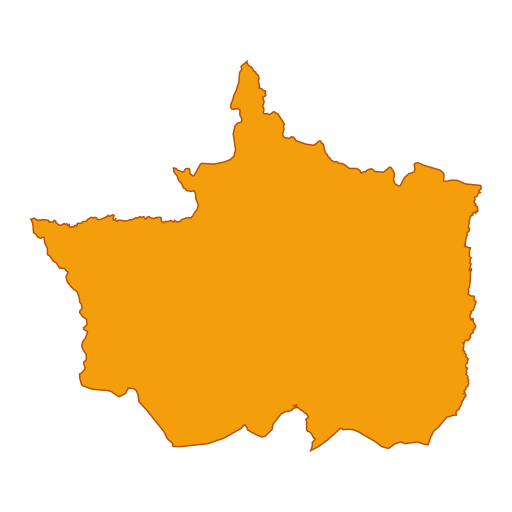 outline of Luiza, Kasaï-Occidental, Democratic Republic of the Congo
{"feature_id": "63176286B81146580347594", "entity_name": "Luiza", "entity_type": "district", "adm_level": 2, "iso_a3": "COD", "parent_name": "Democratic Republic of the Congo", "parent_adm1": "Kasaï-Occidental", "projection": "albers", "projection_center": [22.518, -7.202], "detail": "fine", "context": "isolated", "style": "filled", "palette": "amber", "viewbox_px": 512, "rotation_deg": 0, "n_neighbors": 0, "source": "geoboundaries", "source_scale": "gbopen_adm2", "svg_char_len": 6006}
<svg xmlns="http://www.w3.org/2000/svg" viewBox="0 0 512 512"><path d="M247.0,61.4L241.0,66.4L241.9,69.2L239.6,72.4L238.8,82.3L236.0,91.0L233.8,95.3L232.7,100.1L230.5,105.0L231.1,108.4L232.2,109.5L237.7,108.6L240.0,110.2L239.8,115.0L241.8,118.8L241.6,122.0L237.4,123.2L234.9,126.0L233.2,134.0L235.6,149.7L233.9,156.1L230.2,159.7L224.6,161.8L214.0,164.1L201.8,163.4L200.5,164.0L194.1,175.6L192.8,175.8L189.9,173.6L189.7,169.1L188.6,168.4L185.6,168.8L183.7,171.8L182.0,171.9L177.6,170.0L176.0,168.4L173.4,168.0L174.0,171.9L177.4,176.4L178.1,179.2L179.3,181.2L181.8,183.9L183.3,187.9L185.1,188.7L186.9,190.8L188.9,190.8L190.5,191.5L194.1,190.8L195.3,192.5L195.9,199.2L198.3,204.8L197.1,209.4L193.6,214.0L192.9,216.2L192.1,216.3L191.2,217.8L186.6,217.9L181.5,219.7L180.7,221.0L177.1,222.2L174.8,220.4L173.9,222.0L173.2,222.1L171.8,220.7L170.4,220.4L168.4,221.6L165.2,221.4L164.0,222.8L161.5,221.4L161.0,217.7L160.3,217.3L157.6,217.4L156.7,217.9L156.0,217.5L154.2,218.6L150.3,217.7L149.0,216.5L147.2,217.2L145.9,219.1L145.0,218.8L143.8,216.7L141.1,217.3L139.9,216.7L137.2,218.0L135.8,217.8L131.8,219.7L129.7,219.8L127.0,221.0L118.7,220.1L116.6,221.4L115.6,220.2L116.1,218.2L114.8,220.0L113.5,219.8L113.0,218.8L114.2,215.6L112.7,214.7L109.9,216.2L109.1,216.3L108.2,215.3L106.7,216.7L100.4,219.6L97.4,219.3L95.9,217.5L94.7,217.3L93.2,217.9L91.2,217.3L87.8,219.3L86.2,221.3L82.8,221.6L81.4,223.4L77.5,223.3L76.6,226.1L75.7,225.3L74.5,225.6L73.7,227.1L72.0,226.5L71.0,227.4L69.7,226.9L69.2,224.6L68.1,225.7L66.9,223.7L65.3,224.3L64.0,223.5L61.7,225.1L59.0,225.1L56.1,222.7L55.5,220.9L54.2,220.3L53.1,222.2L48.7,221.8L48.8,220.7L47.4,220.0L41.6,219.6L40.5,220.4L39.0,219.9L37.7,220.4L34.1,218.2L30.7,219.3L32.0,221.4L33.0,225.1L33.5,232.6L35.9,234.3L38.3,237.6L39.2,237.4L40.4,238.3L42.4,237.3L44.1,237.7L44.7,242.5L47.4,248.6L47.5,254.7L49.3,255.4L53.3,261.2L56.2,262.8L59.6,268.1L64.7,268.4L65.6,270.3L67.9,271.9L68.0,272.8L65.9,276.6L67.2,281.7L71.1,286.8L73.9,289.5L77.0,291.4L79.3,297.7L79.7,302.1L81.2,304.0L82.2,307.7L81.2,309.7L80.0,310.6L79.6,312.5L82.6,316.6L86.4,319.1L87.1,323.6L86.4,325.4L83.6,327.6L83.5,328.3L83.7,329.4L87.4,331.4L87.4,332.8L85.1,338.6L82.8,341.5L81.7,345.4L82.4,348.6L86.4,354.8L86.2,359.4L85.6,360.8L84.2,361.4L83.5,363.0L85.1,367.7L84.9,369.1L81.9,372.7L79.5,374.0L79.8,378.2L81.4,384.3L82.6,385.7L92.1,389.2L107.4,390.5L110.8,391.3L118.9,396.7L125.8,393.4L125.8,392.4L127.9,389.1L127.9,387.9L133.8,388.7L136.5,390.9L138.0,394.8L139.0,401.8L145.8,409.0L164.0,431.7L167.2,438.5L172.6,443.4L173.1,446.5L179.8,446.7L208.1,443.6L224.0,438.1L241.1,428.3L244.2,424.9L245.8,425.5L247.4,428.4L247.4,429.7L251.4,432.2L258.7,435.9L262.0,437.0L265.1,436.3L272.2,429.3L272.9,424.4L281.0,414.0L285.8,411.5L288.8,411.3L291.5,410.3L293.9,408.1L296.1,407.7L295.4,406.2L293.8,405.8L296.5,404.8L296.9,407.3L298.5,407.8L300.7,410.0L302.6,410.6L304.1,412.6L306.5,413.8L308.2,416.8L308.0,417.8L305.7,419.5L306.9,422.4L306.3,424.5L307.0,427.0L306.3,428.1L306.8,430.3L307.6,431.3L309.6,431.9L311.6,434.0L313.6,437.9L314.8,438.2L315.2,439.2L312.3,442.4L312.2,446.2L310.8,450.6L318.2,446.7L327.0,440.4L340.1,428.7L342.1,428.6L343.1,429.7L349.0,429.2L354.2,430.0L359.1,432.2L375.0,441.5L381.9,446.6L388.5,448.5L394.8,443.9L400.5,441.9L405.0,443.6L417.5,442.0L424.4,444.3L428.2,444.8L430.3,438.0L433.6,431.2L438.5,427.1L446.7,417.2L451.2,416.1L452.3,415.3L456.3,415.1L456.0,412.6L456.6,411.0L458.6,409.7L461.5,404.1L462.4,400.7L463.5,399.9L464.3,397.5L465.6,396.5L465.9,394.8L463.6,393.6L465.0,392.7L464.2,390.9L466.0,389.3L465.8,387.3L467.6,386.6L468.7,383.7L468.3,381.5L468.7,380.4L467.8,378.8L467.8,376.3L465.9,374.1L466.8,372.9L466.3,370.7L467.5,368.0L465.9,367.4L465.6,365.4L465.8,364.4L467.4,362.8L467.1,361.6L468.4,359.4L465.8,356.1L466.1,354.6L464.5,353.0L464.7,351.4L463.2,350.6L463.9,344.8L462.7,342.9L464.5,342.9L464.5,341.5L466.2,340.1L468.2,340.6L468.8,339.8L470.6,337.3L470.1,336.1L471.5,333.5L473.2,332.7L473.0,330.4L474.6,329.2L475.7,325.9L473.5,322.2L473.1,318.8L472.0,318.7L471.8,319.8L471.0,319.6L469.6,315.6L471.5,312.9L470.6,311.6L473.2,310.2L476.1,301.8L473.8,299.8L474.4,296.7L473.8,296.1L471.2,296.0L468.0,294.1L468.9,291.4L468.2,289.6L469.4,286.9L470.3,280.7L470.6,271.6L471.6,269.6L471.4,268.9L469.6,270.5L469.2,270.0L471.1,264.0L470.0,263.5L470.1,259.6L471.1,258.0L469.7,256.7L469.3,254.6L469.4,251.2L470.4,247.9L464.7,246.4L465.3,245.5L464.7,244.8L465.2,244.2L466.2,237.0L467.1,235.8L467.1,232.4L468.7,231.6L469.4,230.0L469.6,228.2L468.3,227.8L468.4,225.9L469.2,223.0L468.8,221.7L469.7,220.6L469.4,219.3L470.6,217.2L470.1,216.4L473.0,214.8L472.2,213.9L474.0,212.3L475.8,213.4L476.2,211.1L477.5,211.6L477.9,210.9L477.4,206.9L475.2,205.5L476.0,204.5L473.7,201.9L475.1,199.8L474.5,197.6L475.0,197.0L476.9,196.5L478.3,193.2L480.3,192.6L478.8,191.4L478.9,190.5L480.8,189.3L481.3,188.0L480.7,185.5L465.5,183.9L457.3,180.4L451.6,180.1L445.5,181.4L443.5,181.1L444.0,175.9L443.6,173.2L440.2,170.2L423.3,165.1L417.8,162.7L414.6,163.5L414.2,164.9L415.1,169.1L413.8,172.2L409.0,173.7L404.6,177.4L400.2,185.8L398.9,186.1L394.8,183.6L393.5,179.7L394.5,174.0L393.5,171.4L390.9,167.4L389.4,167.3L383.6,172.1L375.6,171.7L373.9,170.8L372.8,169.4L371.1,168.8L367.0,170.1L365.7,171.6L362.6,172.2L361.2,173.2L360.0,170.6L356.7,168.5L349.3,168.4L344.3,164.5L341.9,163.5L338.8,163.3L337.1,161.6L334.2,161.9L330.8,159.9L330.0,158.1L328.2,157.0L327.3,154.5L326.3,154.0L325.2,152.2L323.3,144.1L321.6,143.1L320.7,141.1L319.1,141.0L314.2,145.2L306.2,144.2L296.2,140.8L293.5,137.1L291.4,136.8L289.7,138.4L284.3,137.6L282.5,134.8L284.0,129.0L283.4,125.6L284.6,124.4L278.0,114.1L273.8,111.6L269.8,114.5L268.6,114.5L267.3,113.5L264.3,113.9L263.3,112.7L264.0,109.1L262.7,106.0L264.2,101.6L262.8,97.8L263.2,96.9L265.1,96.2L265.9,95.1L264.9,93.1L265.8,91.5L265.2,90.8L263.0,90.3L261.8,88.9L258.9,87.7L259.5,86.4L259.0,83.2L258.3,82.1L259.0,78.4L258.0,74.9L255.9,73.7L255.9,72.1L253.4,71.0L253.4,69.9L251.5,67.2L248.1,65.2L247.6,63.3L246.9,63.0L247.0,61.4Z" fill="#f59e0b" stroke="#b45309" stroke-width="1.5"/></svg>